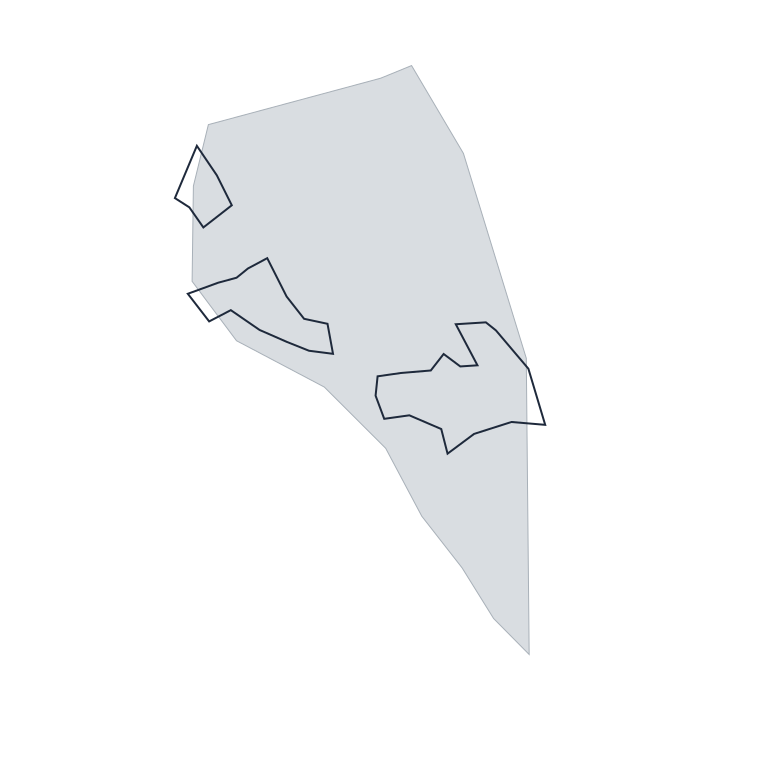 Liechtenstein, with Schaan highlighted, rotated 160°
{"feature_id": "LIE-4896", "entity_name": "Schaan", "entity_type": "state/province", "adm_level": 1, "iso_a3": "LIE", "parent_name": "Liechtenstein", "parent_adm1": "", "projection": "robinson", "projection_center": [9.557, 47.13], "detail": "fine", "context": "in_parent", "style": "outline", "palette": "slate", "viewbox_px": 768, "rotation_deg": 160, "n_neighbors": 0, "source": "natural_earth", "source_scale": "10m", "svg_char_len": 901}
<svg xmlns="http://www.w3.org/2000/svg" viewBox="0 0 768 768"><g transform="rotate(160 384 384)"><path d="M460.3,687.8L282.6,672.5L249.2,673.8L230.5,573.5L241.5,359.5L340.1,80.2L361.2,126.1L373.5,184.5L393.7,246.8L404.4,323.0L441.1,401.5L507.8,475.1L529.2,546.1L495.4,635.2L460.3,687.8Z" fill="#d9dde1" stroke="#a8b0b8" stroke-width="1"/><path d="M395.7,351.2L395.9,375.9L387.4,393.4L364.5,388.6L335.4,380.7L317.7,391.8L306.3,374.4L289.8,369.6L296.1,415.6L267.2,407.1L260.5,396.1L243.1,349.0L246.5,290.5L277.2,304.7L316.4,306.3L348.1,296.8L345.6,322.1L370.9,345.9L395.7,351.2ZM526.9,502.6L537.5,535.9L505.2,535.9L486.2,534.3L472.3,539.1L450.7,542.2L445.6,499.5L436.8,472.6L416.5,459.9L421.6,429.8L443.1,440.9L460.8,456.7L482.4,477.3L502.7,505.8L526.9,502.6ZM516.9,630.2L478.4,671.8L469.7,637.2L465.9,604.0L500.2,592.9L506.5,616.6L516.9,630.2Z" fill="none" stroke="#1e293b" stroke-width="2"/></g></svg>